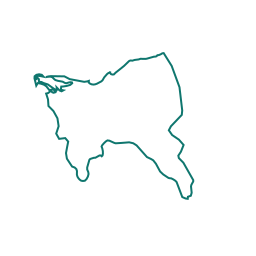 the border of Constanta, rotated 241°
{"feature_id": "ROU-133", "entity_name": "Constanta", "entity_type": "County", "adm_level": 1, "iso_a3": "ROU", "parent_name": "Romania", "parent_adm1": "", "projection": "robinson", "projection_center": [28.37, 44.259], "detail": "fine", "context": "isolated", "style": "outline", "palette": "teal", "viewbox_px": 256, "rotation_deg": 241, "n_neighbors": 0, "source": "natural_earth", "source_scale": "10m", "svg_char_len": 2470}
<svg xmlns="http://www.w3.org/2000/svg" viewBox="0 0 256 256"><g transform="rotate(241 128 128)"><path d="M50.8,159.8L49.6,159.1L47.6,155.9L46.4,154.8L40.5,152.3L38.3,150.1L38.8,147.1L37.1,145.9L38.4,144.2L39.7,143.2L41.3,142.0L57.2,144.3L59.0,143.8L61.1,142.7L63.0,141.4L63.8,140.2L64.7,139.2L70.3,136.3L74.4,135.0L83.2,135.1L87.5,134.4L89.6,133.2L93.4,130.5L108.6,127.1L112.1,125.2L114.9,122.1L117.9,115.5L120.6,109.8L121.6,108.8L125.9,105.6L127.1,104.0L127.0,102.1L126.3,99.4L125.4,97.0L124.6,95.9L122.6,95.6L120.0,94.8L117.7,93.6L116.3,92.4L116.0,91.3L117.2,90.9L117.8,89.7L117.8,85.1L118.5,83.7L119.1,80.7L119.2,79.5L118.8,78.7L113.3,73.2L111.5,72.2L108.8,71.9L106.9,71.2L105.0,69.4L103.5,67.1L102.8,64.7L103.5,62.9L104.6,61.5L106.3,60.7L108.0,60.3L110.0,60.2L112.0,60.7L115.1,62.5L117.1,62.9L119.3,62.2L121.4,60.4L130.8,59.7L136.1,61.6L140.6,65.3L145.1,69.1L149.6,68.2L151.9,62.5L157.9,62.5L163.2,68.2L170.7,71.0L179.0,71.0L185.8,69.1L191.8,71.9L197.8,73.1L197.3,75.0L197.6,77.1L198.5,77.7L204.1,76.8L206.6,75.5L208.9,73.4L211.0,70.9L209.5,68.3L216.8,70.3L218.5,71.4L218.9,73.7L218.1,76.3L216.3,78.4L213.8,79.0L215.7,76.8L217.4,74.4L217.7,72.2L215.2,70.9L215.2,71.9L216.0,72.8L215.8,73.2L213.8,73.7L212.3,72.8L211.7,72.7L211.2,73.1L210.8,73.7L210.2,74.6L208.3,75.9L205.0,79.0L203.1,79.9L198.1,82.3L196.6,83.4L198.4,80.4L198.8,79.0L197.2,78.8L195.9,79.1L194.9,80.0L194.5,81.7L195.8,81.7L195.2,83.0L195.6,84.0L196.7,84.8L198.1,85.3L193.9,86.4L192.3,87.7L192.3,89.7L192.8,89.1L193.5,88.5L193.8,87.9L195.3,88.7L196.6,89.7L195.7,91.5L194.5,94.8L193.7,98.4L194.2,100.9L195.0,101.1L195.8,100.1L196.4,98.7L197.1,95.6L198.1,94.6L200.2,93.3L203.3,89.5L205.2,87.7L207.0,87.0L209.0,86.5L210.5,85.1L211.4,83.3L212.4,80.8L211.7,83.4L210.8,85.6L204.0,97.4L199.0,100.7L189.6,112.1L188.5,115.0L188.2,116.6L186.8,115.7L185.2,116.3L183.8,117.4L182.7,118.9L182.1,120.5L181.8,122.3L181.7,127.3L182.1,128.9L183.8,131.7L185.3,135.8L185.6,137.7L185.3,138.9L186.0,139.8L184.6,139.0L183.3,139.3L182.3,140.3L181.7,141.6L182.4,144.0L184.2,154.6L186.0,161.3L186.0,162.1L185.7,163.2L184.8,164.4L184.3,166.8L182.8,170.6L182.5,172.4L179.9,176.9L179.5,178.1L177.8,185.3L177.2,186.5L176.9,187.7L177.4,189.0L176.9,190.1L176.7,191.4L176.6,192.8L176.7,194.2L176.2,195.5L161.1,196.3L138.7,192.8L117.0,183.9L113.4,181.4L108.7,166.4L106.2,162.6L100.4,163.2L93.1,166.9L86.2,168.4L82.1,163.4L81.5,162.6L79.4,158.6L77.0,157.9L70.8,159.6L50.8,159.8Z" fill="none" stroke="#0f766e" stroke-width="2"/></g></svg>